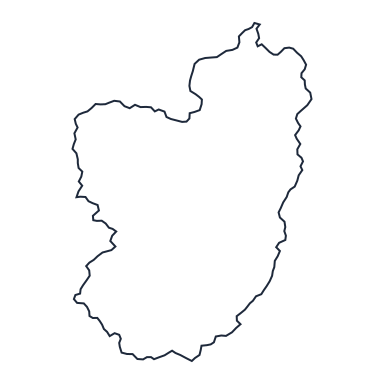 outline of Santana do Manhuaçu, Minas Gerais, Brazil
{"feature_id": "56859067B31975858135216", "entity_name": "Santana do Manhuaçu", "entity_type": "district", "adm_level": 2, "iso_a3": "BRA", "parent_name": "Brazil", "parent_adm1": "Minas Gerais", "projection": "orthographic", "projection_center": [-41.894, -20.049], "detail": "fine", "context": "isolated", "style": "outline", "palette": "slate", "viewbox_px": 384, "rotation_deg": 0, "n_neighbors": 0, "source": "geoboundaries", "source_scale": "gbopen_adm2", "svg_char_len": 2748}
<svg xmlns="http://www.w3.org/2000/svg" viewBox="0 0 384 384"><path d="M259.7,24.5L254.4,23.0L252.1,27.1L248.6,29.0L245.1,30.2L242.2,33.0L238.9,36.4L239.4,42.3L237.4,47.6L232.4,49.9L226.2,50.9L220.9,54.4L216.9,57.1L211.5,57.5L205.2,58.0L199.1,59.7L194.6,63.9L192.8,71.2L191.2,76.2L190.0,80.6L189.4,85.9L190.4,91.0L195.6,94.2L199.1,96.9L201.9,99.5L201.6,104.2L199.7,110.1L194.4,112.0L189.7,113.2L189.4,118.5L186.5,121.6L182.1,121.9L177.5,120.7L170.9,119.0L166.5,117.0L164.5,111.6L158.7,109.5L154.8,111.4L151.0,107.3L146.1,106.9L140.5,107.1L135.0,104.8L129.7,108.2L124.5,106.2L119.9,101.5L114.2,100.8L109.1,102.7L105.4,104.2L100.6,104.4L95.6,104.0L91.6,108.0L87.5,111.4L83.3,112.7L78.6,114.6L74.7,119.1L75.8,123.8L77.6,127.5L74.4,133.3L75.7,139.4L73.8,144.2L72.5,148.9L76.4,153.3L77.8,159.3L77.8,163.1L78.6,168.0L82.3,171.6L81.3,176.6L78.8,181.5L82.2,185.7L78.5,191.4L76.5,197.2L80.3,196.7L85.5,197.0L88.5,201.2L92.7,203.2L97.6,205.0L98.9,210.5L92.9,215.8L93.3,220.2L96.9,220.9L101.7,220.7L105.7,223.5L108.9,227.7L112.6,228.9L116.2,231.5L112.2,235.7L110.3,241.0L115.4,246.5L111.4,250.1L106.6,251.4L102.5,252.5L97.6,256.2L93.7,259.9L89.4,262.6L86.2,266.1L89.2,270.4L89.7,275.7L86.8,280.0L83.0,285.3L80.6,289.2L80.1,293.6L75.4,295.0L73.9,299.1L77.1,302.9L83.8,303.4L87.0,306.9L89.2,311.4L89.5,316.0L92.8,318.0L97.3,317.9L99.8,321.1L102.1,324.7L103.9,329.0L107.1,331.9L109.7,336.1L114.6,333.2L119.2,334.8L120.8,338.8L119.2,342.9L119.8,346.8L121.6,352.6L127.0,354.0L132.6,354.1L137.4,359.0L143.1,359.4L147.0,357.1L151.0,357.1L154.0,359.2L159.0,357.3L164.6,355.3L168.9,352.6L172.1,350.7L175.5,353.0L180.3,355.0L186.3,358.2L191.8,361.0L195.0,358.0L199.5,355.0L200.7,350.1L201.5,345.7L206.7,345.2L210.7,344.4L213.9,342.3L215.8,336.5L221.3,335.5L226.0,335.9L232.0,332.3L236.2,327.9L240.5,324.2L236.9,320.7L236.7,316.2L241.1,312.8L244.9,309.7L247.3,306.7L249.9,303.3L252.9,300.8L256.0,296.3L261.3,294.2L263.8,290.2L266.6,286.2L269.7,281.2L272.1,275.8L272.8,271.1L274.3,267.1L274.8,260.9L277.7,256.2L279.9,251.0L276.2,247.2L279.1,242.8L285.3,240.0L285.9,235.7L284.3,231.1L285.3,227.1L284.5,221.7L279.9,217.5L278.6,212.4L280.8,208.0L283.2,202.4L286.7,197.0L288.3,192.3L290.5,189.4L294.7,186.6L297.3,180.7L298.7,175.3L302.3,170.1L300.5,166.3L303.0,161.4L301.5,157.8L297.5,154.4L297.3,149.3L300.3,144.0L296.7,138.7L295.1,135.1L298.7,130.3L300.5,126.4L298.1,123.0L295.9,118.6L297.3,114.1L300.7,111.0L307.3,105.2L311.5,99.1L310.2,92.6L305.7,88.5L304.9,84.5L304.7,80.4L301.3,77.3L301.5,73.2L304.7,69.3L306.1,64.7L303.6,60.1L301.2,56.3L297.0,52.7L293.2,48.7L289.2,47.6L284.4,48.2L280.8,51.9L277.6,54.7L273.6,54.6L269.5,51.9L265.7,48.1L261.7,44.3L257.7,46.3L256.2,42.5L259.1,38.2L258.3,33.9L256.5,28.7L259.7,24.5Z" fill="none" stroke="#1e293b" stroke-width="2"/></svg>